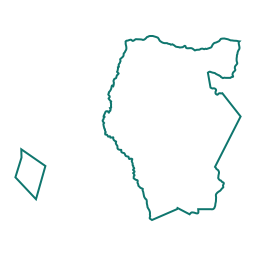 San Manuel Colohete, Lempira, Honduras
{"feature_id": "27666195B44208219646971", "entity_name": "San Manuel Colohete", "entity_type": "district", "adm_level": 2, "iso_a3": "HND", "parent_name": "Honduras", "parent_adm1": "Lempira", "projection": "natural_earth1", "projection_center": [-88.691, 14.444], "detail": "fine", "context": "isolated", "style": "outline", "palette": "teal", "viewbox_px": 256, "rotation_deg": 0, "n_neighbors": 0, "source": "geoboundaries", "source_scale": "gbopen_adm2", "svg_char_len": 5819}
<svg xmlns="http://www.w3.org/2000/svg" viewBox="0 0 256 256"><path d="M125.6,41.5L125.7,43.2L125.6,43.8L126.0,45.4L126.3,46.8L126.4,48.2L126.3,49.1L126.1,49.8L125.5,50.8L124.7,52.4L123.7,53.5L123.6,55.2L123.2,56.4L122.8,56.8L120.6,58.8L120.2,59.2L120.2,59.7L120.5,60.9L120.5,61.3L120.2,61.8L119.8,63.0L119.0,64.0L118.7,64.6L118.6,65.1L118.9,66.7L118.5,67.2L118.1,67.1L117.9,67.2L118.0,68.6L117.6,70.6L117.4,71.5L117.1,71.8L117.2,72.1L118.3,73.1L118.6,73.4L118.6,73.6L118.4,73.9L118.0,74.3L117.5,74.9L116.9,75.3L116.7,75.9L116.3,77.4L116.1,78.0L115.7,78.3L114.4,78.9L114.0,79.6L113.6,80.5L113.5,81.1L113.9,82.8L113.8,83.2L113.8,84.1L113.4,86.0L113.2,86.3L112.2,85.5L111.9,85.7L111.6,86.6L111.3,88.4L110.9,89.4L110.5,90.2L110.0,91.0L108.9,92.2L108.8,92.5L108.9,92.8L108.9,93.1L108.4,94.0L108.3,94.4L108.5,94.8L108.9,95.4L109.5,96.0L109.7,96.7L109.7,97.0L109.5,97.4L108.6,98.4L108.6,98.6L109.9,100.3L111.0,101.3L111.2,101.7L111.1,101.9L110.8,101.9L110.7,102.2L110.7,102.5L111.1,103.9L111.0,105.9L111.0,106.5L111.2,107.1L110.9,107.9L110.0,108.1L110.6,109.5L110.3,110.7L110.1,110.9L109.8,110.9L109.7,111.0L108.9,112.6L108.7,112.6L108.4,112.2L108.1,111.5L107.6,111.3L106.9,111.2L106.3,111.3L105.8,111.5L105.5,111.9L103.8,115.7L103.6,116.3L103.6,116.6L103.8,116.8L104.1,116.9L104.5,116.9L104.5,117.1L103.7,117.9L103.4,119.5L103.2,119.8L102.8,120.1L102.7,120.4L102.7,120.9L102.9,121.5L104.1,123.0L103.4,124.0L103.4,124.3L103.8,126.5L104.2,127.8L104.3,128.5L104.5,128.9L104.9,129.2L105.0,130.6L105.7,132.1L105.5,132.6L105.1,133.0L105.3,134.4L106.1,134.7L106.8,134.7L107.0,134.8L108.2,136.6L108.8,136.6L109.5,136.3L110.0,136.4L110.5,137.6L112.7,137.4L113.2,137.4L113.3,137.6L113.2,138.2L113.2,138.6L113.7,139.9L114.7,140.8L115.5,141.3L115.9,141.4L116.1,141.6L116.1,141.9L115.8,142.7L115.8,143.2L116.3,144.5L117.0,145.3L117.4,146.0L117.5,148.3L117.7,148.7L118.3,149.3L119.0,149.6L119.6,149.8L121.2,149.9L121.3,150.1L121.2,150.7L121.3,151.5L121.4,151.9L121.6,152.2L122.3,152.6L124.3,153.2L124.9,154.2L125.5,155.6L125.9,156.0L126.3,156.2L128.0,156.6L128.4,156.7L128.7,157.4L128.9,158.4L129.2,158.9L129.8,159.0L130.6,158.7L131.1,158.7L131.8,158.8L132.2,159.1L132.2,159.9L131.8,160.7L131.8,161.5L132.2,162.3L132.5,163.1L132.7,163.9L132.6,164.8L132.7,165.3L133.2,165.8L133.2,166.6L133.4,167.1L134.0,167.8L134.2,168.3L134.1,168.5L134.0,168.8L133.7,169.1L133.2,169.4L133.1,169.9L134.4,171.2L134.5,171.5L134.5,171.8L134.3,172.1L133.2,173.1L134.2,174.4L134.5,175.3L134.4,175.6L134.0,175.8L133.8,176.1L133.7,177.0L133.7,178.3L134.1,178.6L135.6,179.7L137.1,180.1L137.6,180.5L137.7,181.1L137.5,182.8L138.2,184.2L138.3,185.2L138.5,185.9L139.4,186.7L140.4,187.8L142.3,188.6L142.8,188.9L142.8,189.2L142.6,189.8L142.6,190.4L143.2,191.9L143.6,194.1L144.1,196.5L144.5,197.4L145.2,198.5L145.6,199.0L146.2,199.3L146.5,199.8L146.8,201.2L146.8,203.2L147.4,206.0L147.5,207.1L147.9,207.9L149.2,210.1L149.8,211.7L150.0,213.0L149.9,214.8L150.2,216.1L149.8,217.3L149.7,218.2L149.9,218.6L150.7,219.2L151.8,219.8L152.0,220.0L177.1,209.1L177.5,208.0L189.6,214.3L190.0,213.8L190.9,212.9L191.5,212.5L192.3,212.4L194.0,212.6L196.2,213.3L197.0,213.4L197.4,213.4L197.9,213.2L198.3,212.7L198.4,211.9L198.2,209.2L211.0,209.2L211.7,209.3L212.8,209.2L213.5,208.9L214.4,207.9L215.2,205.7L215.4,203.8L215.9,201.5L216.1,197.2L215.9,195.9L215.9,194.8L216.1,194.2L216.6,193.5L217.4,192.6L218.7,191.6L219.9,190.9L220.5,190.4L221.9,188.6L223.0,187.6L223.3,187.2L223.0,185.5L223.1,185.1L223.6,184.1L223.8,183.4L223.6,182.7L223.0,182.3L222.3,182.1L220.8,180.5L220.0,180.3L219.1,179.5L218.4,178.5L218.2,177.9L218.4,176.8L218.4,175.9L219.0,173.0L219.0,172.2L218.9,171.8L218.5,170.8L218.2,170.3L217.8,169.9L216.6,169.1L216.2,168.6L215.8,167.8L215.0,166.9L240.6,116.5L222.3,93.2L221.1,93.5L220.1,93.2L219.8,93.2L219.3,93.4L218.7,93.5L217.8,94.5L217.5,94.7L217.3,94.7L216.7,94.5L216.2,94.2L215.9,93.9L215.6,93.5L215.5,93.0L215.5,91.9L216.1,90.4L216.0,89.7L215.7,89.2L215.1,88.7L214.4,88.4L213.6,88.3L212.5,88.5L211.4,88.1L210.5,87.5L207.9,72.7L208.7,72.1L209.4,71.8L209.9,71.7L212.5,72.6L214.6,73.0L215.2,73.3L216.1,74.0L217.6,74.7L218.3,75.1L218.9,75.2L219.2,75.6L219.9,75.9L220.5,76.3L221.1,77.1L222.9,78.1L224.3,77.7L226.1,77.9L230.4,77.9L230.7,77.7L231.4,77.1L232.6,76.9L233.0,76.7L233.1,76.2L232.6,75.1L232.5,74.7L232.6,74.0L232.8,73.2L233.1,72.5L234.7,70.9L235.2,70.3L235.3,70.0L235.3,69.7L235.0,68.9L234.8,68.0L234.9,67.2L235.0,66.5L235.2,66.2L237.2,63.7L237.2,62.8L236.7,61.2L236.6,60.1L236.6,58.5L236.9,56.4L236.9,55.6L237.0,54.9L237.4,54.1L237.6,52.4L237.9,51.6L238.3,50.6L238.8,49.8L239.4,48.8L239.5,47.5L239.3,46.3L238.9,44.4L238.7,43.2L238.7,42.6L239.0,41.8L239.4,41.4L238.5,41.3L237.0,40.9L236.0,40.8L233.9,40.7L231.9,40.4L230.7,40.4L228.0,39.3L224.3,38.5L222.2,38.6L220.9,38.9L220.1,39.8L219.4,40.8L218.9,41.2L216.6,42.3L215.5,42.7L214.5,42.9L213.9,43.3L213.3,43.9L212.7,44.6L211.5,47.0L211.2,47.3L210.7,47.6L206.6,49.0L206.0,48.9L205.4,48.7L204.8,49.0L204.1,49.2L202.7,48.7L201.7,48.7L200.7,48.9L200.0,49.4L199.2,49.7L196.7,49.8L194.9,50.4L194.6,50.2L193.8,49.6L192.5,48.6L191.5,48.2L190.5,48.1L189.1,48.2L187.9,48.3L186.8,48.2L186.4,48.0L186.2,47.9L186.0,47.6L185.4,46.1L185.0,45.9L184.5,45.9L182.7,47.2L179.8,47.5L179.0,47.2L177.0,46.9L176.0,46.7L175.2,46.2L174.2,45.3L173.5,45.0L172.5,44.3L170.9,44.7L170.5,44.3L167.8,43.6L167.0,43.1L164.4,43.1L163.1,42.8L161.6,42.1L159.8,40.8L159.6,40.5L158.5,38.5L158.1,38.0L157.7,37.6L155.8,36.9L152.8,36.0L150.3,36.0L149.2,36.1L148.2,36.7L147.6,36.8L147.0,37.1L146.6,37.5L146.0,38.2L145.0,39.1L144.2,39.6L143.3,39.9L142.8,39.9L142.0,39.6L141.0,39.4L136.0,39.2L135.5,39.3L134.0,40.4L133.2,40.8L132.8,40.9L132.5,40.8L132.0,40.5L131.4,39.9L130.8,39.7L129.7,39.9L127.7,40.6L126.6,40.7L126.1,41.0L125.6,41.5ZM21.3,149.3L21.5,157.6L15.4,177.3L36.0,199.2L45.4,166.0L21.3,149.3Z" fill="none" stroke="#0f766e" stroke-width="2"/></svg>